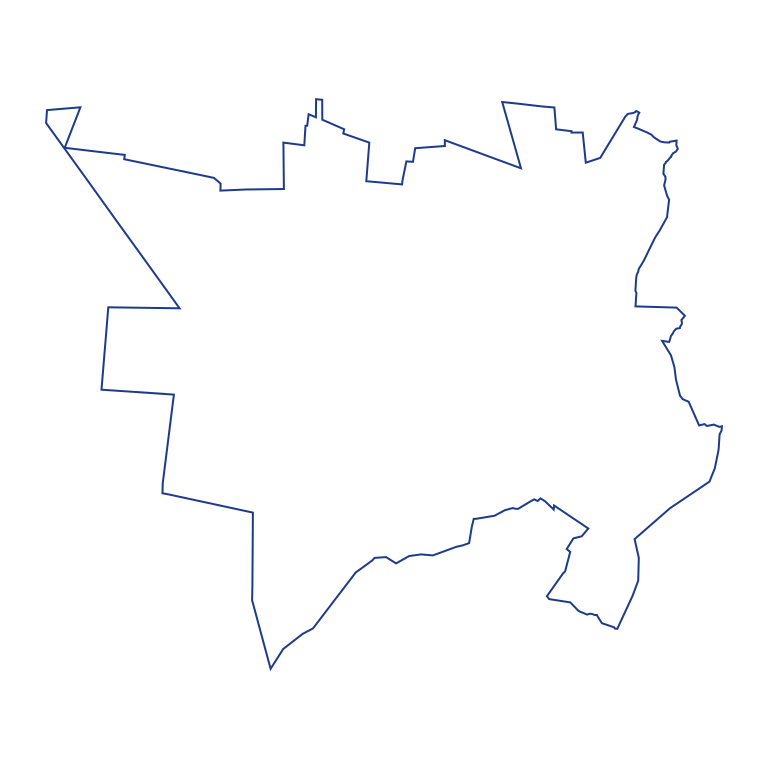 Santa Elena, Yucatán, Mexico
{"feature_id": "50627088B55923082942331", "entity_name": "Santa Elena", "entity_type": "district", "adm_level": 2, "iso_a3": "MEX", "parent_name": "Mexico", "parent_adm1": "Yucatán", "projection": "robinson", "projection_center": [-89.676, 20.255], "detail": "fine", "context": "isolated", "style": "outline", "palette": "blue", "viewbox_px": 768, "rotation_deg": 0, "n_neighbors": 0, "source": "geoboundaries", "source_scale": "gbopen_adm2", "svg_char_len": 2891}
<svg xmlns="http://www.w3.org/2000/svg" viewBox="0 0 768 768"><path d="M168.1,494.3L252.9,512.6L252.4,586.2L252.4,586.3L252.1,600.2L270.6,668.8L283.2,649.0L303.1,633.5L303.4,633.5L313.0,628.4L355.8,572.4L364.8,565.9L372.2,560.5L374.6,557.9L386.0,557.1L396.1,563.4L409.2,556.0L421.1,554.4L432.9,555.4L456.4,546.8L462.6,545.4L469.1,543.1L471.8,526.9L473.7,518.9L476.1,518.8L493.6,515.9L494.6,515.7L504.9,510.2L512.6,508.1L516.0,508.8L518.0,508.9L530.0,501.7L534.2,499.3L537.6,501.0L540.5,498.4L545.1,501.3L545.3,501.5L545.7,501.9L551.4,507.3L553.7,509.6L554.1,505.5L588.3,528.5L581.7,536.3L573.4,538.4L566.7,549.1L570.2,551.9L565.1,571.4L563.1,573.3L546.9,596.2L549.2,599.1L570.3,602.4L578.1,610.5L580.2,611.8L583.0,612.8L587.0,614.6L589.8,613.7L592.2,614.0L594.9,615.1L596.9,614.9L597.2,615.7L601.9,623.2L614.1,627.3L615.0,628.6L617.3,628.8L632.5,596.0L638.2,580.7L638.8,557.9L634.6,539.1L669.9,508.3L709.5,481.6L714.8,468.3L718.4,450.8L718.7,448.3L719.6,434.2L721.6,430.5L721.9,426.3L719.4,426.9L713.8,424.6L706.9,426.0L704.6,424.1L699.1,425.4L688.7,401.8L682.6,399.1L680.0,395.7L676.0,379.7L674.4,367.1L671.0,355.4L662.1,340.9L669.1,341.9L669.5,340.9L670.4,338.0L670.9,336.0L672.5,334.0L674.1,331.0L676.1,328.8L677.5,328.4L678.9,328.3L679.9,328.1L680.1,326.7L681.6,324.4L682.0,323.1L681.4,320.1L684.9,315.8L676.6,307.6L635.5,306.4L636.4,292.9L635.4,290.8L636.2,278.2L636.7,274.8L638.2,271.8L638.7,269.0L642.0,263.7L644.2,259.9L651.6,244.6L655.2,237.4L659.4,230.9L667.0,217.3L669.1,199.7L667.0,195.5L664.1,185.4L665.6,179.3L665.4,177.8L665.5,176.9L663.4,173.8L663.8,168.4L664.1,164.7L665.8,162.7L666.0,161.9L666.8,161.4L668.8,159.4L669.4,158.3L670.8,157.1L670.7,156.9L671.4,156.2L671.5,155.3L672.4,154.3L673.0,153.3L675.9,151.6L677.8,148.9L676.3,145.0L676.6,140.6L670.4,141.6L669.7,141.9L669.4,142.5L664.8,142.4L660.3,141.5L653.8,137.2L651.2,134.5L648.7,133.3L647.9,132.8L637.1,128.2L633.9,127.0L637.0,120.1L637.2,119.2L637.3,117.8L637.8,115.3L639.3,112.7L637.7,111.7L636.4,111.1L635.6,111.4L635.5,111.9L634.6,112.3L633.4,113.0L628.1,113.8L627.3,114.4L626.1,115.8L625.5,116.3L600.2,157.9L585.8,162.7L582.7,132.5L571.5,132.6L571.5,131.2L556.1,129.3L554.4,107.5L541.5,106.4L520.3,103.9L502.2,102.0L521.0,168.3L507.4,163.3L444.8,140.2L444.9,146.0L415.2,148.2L413.0,161.5L412.9,161.6L412.9,161.8L406.4,161.4L402.5,180.3L402.1,184.4L366.3,181.2L369.3,142.6L364.7,141.0L343.3,133.5L343.4,132.8L344.2,129.3L322.3,119.7L322.2,99.8L319.3,99.5L316.1,99.2L315.9,117.3L308.6,114.2L307.9,120.0L307.2,125.7L305.5,125.8L304.3,145.3L283.4,142.6L283.9,189.0L245.8,189.5L239.2,189.8L220.4,190.6L220.6,183.6L214.0,177.9L193.1,173.5L124.2,159.2L124.8,154.9L111.8,153.4L64.7,147.8L80.4,107.3L47.0,110.1L46.1,123.0L88.3,181.5L115.4,219.3L146.1,261.8L178.4,306.7L179.6,308.3L108.3,307.3L103.6,364.1L101.5,389.7L173.9,394.6L162.7,483.6L162.5,493.3L168.1,494.3Z" fill="none" stroke="#1e3a8a" stroke-width="2"/></svg>